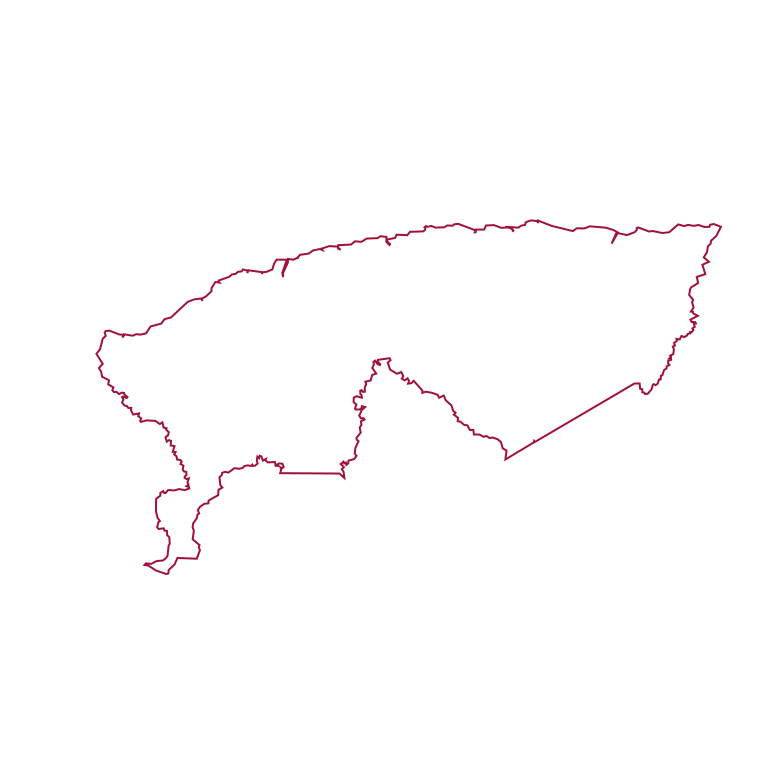 Donoso, Colón, Panama, rotated 15°
{"feature_id": "35544464B61389009226289", "entity_name": "Donoso", "entity_type": "district", "adm_level": 2, "iso_a3": "PAN", "parent_name": "Panama", "parent_adm1": "Colón", "projection": "mercator", "projection_center": [-80.539, 8.91], "detail": "fine", "context": "isolated", "style": "outline", "palette": "rose", "viewbox_px": 768, "rotation_deg": 15, "n_neighbors": 0, "source": "geoboundaries", "source_scale": "gbopen_adm2", "svg_char_len": 6164}
<svg xmlns="http://www.w3.org/2000/svg" viewBox="0 0 768 768"><g transform="rotate(15 384 384)"><path d="M475.2,402.3L478.8,406.2L482.2,405.2L483.9,409.5L489.5,408.1L493.7,409.3L496.4,407.7L500.1,408.9L502.5,407.6L508.0,407.9L512.0,409.8L515.4,415.5L519.6,416.5L520.8,425.5L543.7,401.8L543.7,400.1L544.8,400.9L625.8,318.7L630.8,317.3L632.6,322.3L634.8,322.2L635.7,325.2L637.4,324.9L638.9,326.2L641.3,325.1L643.8,319.9L643.9,315.2L644.6,314.3L646.7,314.8L648.3,312.8L648.5,308.4L650.1,307.9L649.3,304.4L650.6,303.5L650.9,298.0L652.8,296.0L652.5,293.8L654.8,291.7L653.1,290.7L652.6,287.9L655.1,286.3L654.4,284.4L653.2,285.0L654.0,283.3L653.1,282.5L655.7,280.2L655.1,275.6L653.3,273.1L655.1,271.6L653.5,269.3L655.8,266.3L654.9,264.7L658.1,264.4L658.9,260.6L661.9,261.0L664.3,258.5L664.3,257.1L666.4,256.0L666.1,254.7L667.7,254.6L668.9,251.8L667.5,250.4L669.4,248.3L667.6,245.5L669.6,244.8L668.6,243.7L665.0,244.4L663.3,242.6L669.5,236.9L664.5,235.8L663.7,234.3L661.7,234.6L663.3,230.1L660.4,225.2L660.9,222.8L655.7,219.0L655.2,213.6L655.5,211.3L661.3,205.2L658.4,199.6L665.9,194.7L660.7,186.4L666.2,181.8L660.1,178.9L661.9,173.1L661.2,167.2L663.2,164.0L662.9,160.8L666.6,155.1L668.8,145.0L661.1,144.1L657.8,145.8L657.7,147.9L652.7,149.4L646.8,149.0L642.1,151.1L636.7,151.6L632.9,153.8L626.9,153.7L620.2,163.6L613.8,166.1L603.8,166.7L600.6,168.1L589.1,167.0L587.7,167.9L588.3,169.8L586.9,172.4L580.1,177.3L570.7,177.7L567.5,189.5L569.2,178.6L570.3,177.4L571.5,177.3L565.7,175.9L557.9,175.6L542.0,178.4L537.4,181.8L529.7,183.8L527.0,187.4L505.3,187.9L490.6,186.3L491.1,187.4L490.6,188.8L490.7,186.9L484.1,187.8L480.6,189.9L478.9,191.4L479.2,193.7L475.5,195.6L473.3,198.2L460.5,200.7L463.2,200.3L467.0,200.8L469.3,202.3L468.8,203.7L469.0,202.3L466.9,201.0L463.0,200.7L456.9,202.8L449.0,202.1L441.5,204.5L440.8,208.9L432.7,211.1L433.3,213.5L431.6,214.7L433.0,213.5L432.6,211.9L414.3,210.1L410.3,211.7L409.5,213.3L404.0,214.5L401.7,217.0L393.3,219.6L388.7,219.1L385.7,220.8L383.6,220.6L382.7,222.1L383.6,222.3L383.7,224.7L382.4,226.4L369.7,230.3L368.0,234.2L357.5,236.5L356.9,240.1L349.7,243.5L350.4,245.7L353.6,247.2L353.4,248.3L349.5,246.1L348.3,241.3L342.5,242.1L340.0,244.8L329.6,248.0L325.4,252.5L319.0,253.7L316.1,257.8L303.8,261.8L304.5,264.5L307.4,265.5L304.8,265.2L303.6,263.3L295.4,265.0L288.8,269.3L290.0,270.6L287.2,270.2L281.0,273.3L277.4,277.6L269.5,280.9L268.0,283.8L268.6,285.2L267.8,284.4L264.5,287.3L258.9,288.1L259.7,291.5L257.8,302.9L258.9,306.9L257.0,302.9L257.9,290.9L258.9,289.5L257.4,289.2L248.1,291.7L246.7,296.0L246.5,302.2L241.5,306.1L237.7,307.5L237.8,309.4L237.3,307.5L223.5,309.3L223.3,312.3L223.0,309.8L218.2,309.8L217.3,312.1L214.0,313.4L212.1,316.1L209.0,317.4L206.5,320.7L197.7,326.7L197.3,327.8L198.7,328.7L194.7,329.1L192.6,336.0L193.3,339.2L189.2,345.7L186.2,348.3L186.9,350.9L185.6,348.6L178.6,351.5L173.1,355.5L161.0,374.9L155.3,378.1L153.2,383.3L143.7,388.8L141.0,396.7L135.8,399.4L131.8,400.0L128.7,402.4L120.0,403.3L120.3,404.5L119.2,406.8L119.8,403.9L115.3,404.7L105.2,403.5L101.6,404.8L100.8,406.6L102.8,409.5L100.6,413.0L100.7,424.1L98.4,429.3L107.1,437.3L104.5,442.4L107.6,445.3L109.8,449.9L117.4,451.6L117.7,455.7L123.5,457.3L123.2,460.3L125.1,461.7L127.6,460.8L130.6,462.4L133.0,460.2L135.3,459.9L135.9,461.3L139.6,463.0L139.1,464.1L135.0,463.7L134.4,464.5L136.3,466.6L135.8,469.7L139.0,472.0L141.3,471.8L143.2,473.3L146.0,472.5L146.4,474.9L149.7,478.4L155.0,475.8L154.9,478.7L158.4,480.1L158.0,482.8L159.0,483.5L164.1,480.6L172.7,478.8L177.8,480.7L179.9,478.4L182.4,483.1L185.4,483.0L185.3,484.4L188.6,486.3L188.7,489.4L186.7,491.9L189.1,495.9L190.8,493.9L192.9,494.0L193.9,498.6L197.7,498.2L197.5,504.2L200.3,503.7L199.5,506.3L202.4,507.6L203.6,510.5L207.0,510.1L208.7,511.4L208.1,513.9L211.4,514.8L211.7,518.8L213.6,520.3L215.7,520.0L216.8,523.0L215.4,525.1L215.9,526.3L218.1,527.0L219.9,525.7L219.7,530.1L221.3,532.0L219.7,533.8L222.4,534.0L223.0,535.2L219.2,538.0L213.1,538.6L208.9,541.1L202.9,542.3L201.3,545.8L199.8,546.1L198.5,544.6L196.2,547.0L196.8,549.9L193.6,553.8L196.7,566.0L199.8,571.7L203.0,574.4L201.8,575.9L202.0,581.1L203.8,582.4L208.6,580.4L209.9,582.4L212.5,582.2L213.6,586.1L216.3,587.5L218.4,593.9L217.8,595.9L219.4,606.1L218.3,608.9L216.1,611.7L210.4,613.8L205.6,618.0L200.4,618.9L199.5,620.8L203.6,620.4L211.7,623.1L222.8,623.9L224.7,622.9L224.2,619.3L228.4,612.6L229.5,605.5L248.4,601.2L249.2,592.2L247.3,589.5L247.5,587.3L239.4,583.6L238.3,574.9L236.3,572.1L235.7,568.2L238.0,561.9L237.6,558.4L239.0,556.9L236.8,554.0L238.0,550.3L241.3,546.3L245.3,544.7L244.7,542.4L245.6,541.1L252.6,534.3L251.5,529.0L254.7,525.9L252.1,524.1L249.2,516.6L250.9,514.0L250.7,511.7L253.1,510.0L256.6,509.8L261.4,504.0L266.3,503.3L269.2,501.6L270.4,499.4L273.5,497.8L276.4,497.7L277.7,496.0L278.4,497.2L280.5,496.3L282.5,493.6L280.9,490.6L280.5,486.9L282.6,488.0L282.5,485.5L284.4,485.7L286.8,489.3L289.3,487.0L289.2,488.4L292.1,489.8L298.8,487.6L300.6,491.1L303.3,490.4L301.6,489.5L303.2,487.9L306.5,487.3L308.6,490.1L307.7,491.3L305.5,491.3L306.9,493.2L306.8,497.0L364.2,482.0L370.0,485.0L367.7,479.3L365.3,477.2L366.8,474.8L362.9,472.5L365.0,469.5L366.1,471.0L367.5,469.7L368.6,471.9L370.0,469.8L369.5,467.2L374.6,464.2L376.1,460.5L373.7,458.7L372.9,453.2L374.2,445.8L372.0,444.8L371.4,443.1L374.1,437.0L371.8,432.4L372.8,429.2L371.3,426.1L374.4,423.3L373.1,422.3L370.5,423.1L368.2,421.0L369.4,414.5L371.8,411.2L368.4,411.1L368.4,413.5L367.1,414.9L363.1,416.0L362.3,415.1L362.7,411.0L359.4,409.5L358.3,405.0L360.8,402.9L366.1,403.0L365.3,400.6L363.6,399.6L362.8,396.6L364.0,395.8L365.4,397.0L367.4,396.5L366.3,392.3L366.9,389.0L365.4,386.6L370.2,384.0L370.2,378.4L373.8,375.9L368.6,371.6L369.2,367.9L368.1,365.5L369.2,363.8L372.7,366.5L375.1,366.8L375.2,365.9L371.8,363.7L371.8,362.3L382.8,357.6L384.1,359.3L382.1,362.4L386.3,368.6L394.0,370.7L397.6,368.0L400.6,371.4L399.8,374.2L403.0,375.2L405.3,372.4L407.3,374.5L407.2,377.4L410.4,376.0L411.8,373.2L422.8,380.4L423.3,382.6L426.4,380.6L432.0,380.1L438.5,380.5L440.8,383.0L444.7,379.7L447.8,383.7L454.7,387.3L457.8,392.0L460.6,393.3L459.4,395.5L464.3,397.5L464.8,400.9L467.6,400.6L472.1,402.8L475.2,402.3Z" fill="none" stroke="#9f1239" stroke-width="2"/></g></svg>